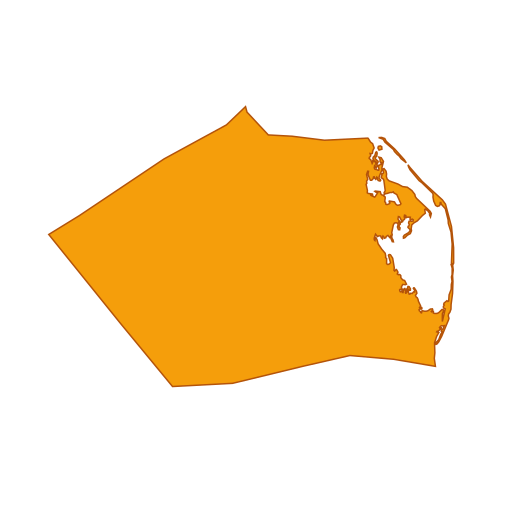 outline of Bir Al-Abd, Shamal Sina', Egypt, rotated 77°
{"feature_id": "37247803B3069705007202", "entity_name": "Bir Al-Abd", "entity_type": "district", "adm_level": 2, "iso_a3": "EGY", "parent_name": "Egypt", "parent_adm1": "Shamal Sina'", "projection": "robinson", "projection_center": [33.135, 30.752], "detail": "fine", "context": "isolated", "style": "filled", "palette": "amber", "viewbox_px": 512, "rotation_deg": 77, "n_neighbors": 0, "source": "geoboundaries", "source_scale": "gbopen_adm2", "svg_char_len": 6030}
<svg xmlns="http://www.w3.org/2000/svg" viewBox="0 0 512 512"><g transform="rotate(77 256 256)"><path d="M364.4,366.7L374.8,307.5L374.0,234.7L374.1,186.9L387.5,145.4L403.9,106.0L395.9,105.3L390.6,103.5L380.8,101.6L375.0,98.1L371.7,95.1L370.6,97.0L370.1,96.5L370.2,95.3L368.1,91.6L367.6,91.6L367.5,93.2L367.0,93.3L365.9,91.9L365.7,90.5L366.2,89.7L366.2,88.2L369.5,90.5L370.0,92.1L371.1,92.4L371.7,91.4L373.7,93.5L378.7,96.8L380.8,100.1L381.8,100.8L382.6,100.5L382.4,99.4L380.7,97.2L376.1,93.2L361.6,82.8L360.1,82.0L357.6,82.1L355.7,81.3L354.5,79.8L351.7,78.0L347.1,76.8L336.7,72.9L325.0,69.8L319.5,68.9L314.1,67.0L309.1,66.4L307.4,65.0L292.4,61.6L271.3,58.9L248.1,59.7L243.2,61.8L220.7,77.3L204.5,86.0L201.3,87.4L203.6,87.3L206.7,86.5L219.3,80.1L221.9,77.9L234.5,69.8L236.1,69.6L238.4,70.3L242.4,70.5L247.1,69.6L248.5,68.1L248.3,66.0L247.6,65.3L245.3,64.5L245.4,63.8L247.1,63.9L252.5,60.9L264.1,60.7L267.6,61.3L276.5,60.6L288.5,62.2L307.0,67.2L307.4,66.6L308.1,66.9L308.2,67.8L311.9,67.6L318.2,69.1L320.4,70.3L324.8,70.7L327.7,72.1L332.3,73.3L337.3,76.6L343.2,78.4L343.5,79.2L342.5,80.0L344.2,83.4L345.4,84.0L346.2,83.6L347.2,84.7L348.0,85.0L349.4,84.5L350.1,83.5L361.8,89.2L354.1,87.4L351.6,85.5L350.2,85.8L349.9,86.7L352.3,90.7L352.7,92.4L352.2,94.8L351.5,96.0L349.9,95.6L349.7,96.5L350.0,97.3L349.6,97.7L348.3,95.9L347.2,96.0L346.9,98.1L348.0,100.7L348.1,102.3L347.8,104.0L346.6,106.5L348.6,107.5L348.1,108.3L347.3,108.2L346.1,109.2L344.9,109.2L344.5,108.6L344.9,106.5L344.1,106.0L343.4,106.2L343.5,107.6L342.9,108.2L341.8,106.8L336.6,107.9L334.6,107.9L332.9,108.3L331.9,109.2L330.2,109.5L328.5,107.6L326.3,107.6L322.7,108.9L322.5,109.6L323.0,110.0L324.8,109.2L326.8,109.6L326.4,110.6L327.7,112.2L327.1,113.5L327.8,114.7L327.6,115.4L323.5,115.6L322.9,115.4L323.1,114.5L324.0,114.2L324.1,113.3L322.7,112.9L320.3,113.7L319.8,114.7L320.5,115.3L321.3,115.2L322.1,116.7L324.9,116.8L326.0,118.1L325.9,118.6L325.1,118.7L324.0,118.1L323.2,118.1L322.6,118.6L321.9,118.0L321.1,118.3L321.6,119.7L324.7,120.9L324.5,121.6L323.1,121.4L323.4,123.4L322.2,123.8L321.1,123.6L320.8,122.9L321.7,121.6L321.4,121.0L319.0,121.4L316.7,119.5L317.6,116.8L317.3,115.7L314.8,116.3L313.3,116.7L312.2,118.5L309.6,119.8L307.9,119.3L306.6,119.9L306.1,120.8L306.3,121.5L305.3,122.4L303.7,121.3L301.2,122.0L300.6,122.5L301.9,124.2L301.1,124.8L298.4,123.9L288.9,123.3L285.1,124.7L284.6,125.5L284.6,126.2L285.1,126.8L292.8,126.4L293.7,127.7L294.0,129.4L292.9,130.5L287.9,129.3L286.6,130.1L285.3,129.6L282.4,129.5L277.8,131.9L271.6,134.3L267.5,134.4L265.0,135.0L265.3,135.6L267.7,136.6L266.9,137.1L265.2,136.8L261.6,134.6L264.4,133.2L264.0,131.8L264.4,130.1L266.4,129.8L267.5,129.1L266.4,128.8L265.1,127.8L266.4,127.1L267.6,127.2L267.4,125.4L266.3,124.8L265.6,122.8L268.0,121.6L266.9,120.4L269.1,120.6L272.7,120.0L273.1,118.9L271.1,118.9L269.5,119.5L267.6,119.4L265.9,118.5L263.8,118.5L256.6,115.2L255.1,113.8L255.1,112.1L256.0,110.5L257.8,110.6L259.5,111.7L262.4,111.3L262.8,110.1L261.0,109.3L259.8,110.0L258.2,109.6L257.5,108.4L256.4,108.7L255.5,109.6L254.7,109.1L255.0,108.5L256.4,107.9L256.0,107.6L252.0,109.4L249.6,108.4L250.1,107.4L254.0,106.3L255.7,106.3L255.5,105.4L254.1,104.5L253.8,103.1L252.9,102.7L251.2,102.8L249.6,102.1L250.1,101.1L250.8,100.9L252.0,101.5L252.5,101.2L252.2,99.7L252.9,96.9L254.8,97.7L255.4,97.3L255.2,95.4L256.1,94.6L257.3,95.1L257.1,96.9L256.5,97.9L256.6,99.1L258.1,99.9L260.0,99.6L261.2,100.4L261.3,101.1L262.4,101.5L264.7,100.0L266.4,100.4L267.7,102.5L269.0,106.7L270.1,108.0L271.8,108.3L271.7,106.9L269.8,103.8L268.9,100.6L266.4,98.8L264.2,98.6L260.7,97.2L259.2,94.5L258.1,90.9L254.0,84.7L252.4,81.4L248.7,81.2L248.3,80.5L250.8,78.3L254.4,76.9L254.9,77.7L257.2,77.2L254.0,75.6L251.6,76.3L236.0,86.6L234.0,87.4L231.7,87.4L227.3,89.4L223.0,93.1L221.3,97.6L217.8,101.5L212.7,109.4L210.5,110.9L207.8,111.1L205.4,110.3L202.6,110.2L199.6,111.6L199.7,112.5L200.4,112.9L203.6,113.0L204.2,113.6L204.2,114.7L204.6,115.1L205.6,115.1L207.3,116.3L208.6,115.8L209.3,114.9L210.9,114.4L221.5,115.4L223.0,116.9L225.1,117.1L224.2,115.6L224.6,114.7L224.3,111.0L224.7,109.4L224.4,107.8L225.5,107.5L227.8,105.0L237.7,103.0L238.5,104.0L238.5,106.7L237.0,108.1L234.4,108.9L232.4,113.7L233.1,114.1L234.4,113.5L235.2,114.8L235.4,116.8L234.8,117.8L232.8,117.7L232.1,118.4L228.4,117.0L227.2,117.0L226.7,117.7L225.3,118.4L225.1,119.3L223.9,120.3L221.2,120.5L219.6,125.0L219.7,125.7L220.9,124.7L221.7,123.2L224.9,126.4L225.3,127.2L222.8,130.4L222.2,130.5L223.0,128.6L221.8,128.6L220.2,132.7L219.4,133.4L217.3,132.7L210.9,132.6L210.2,131.7L207.8,131.4L206.5,129.9L201.5,130.0L198.5,128.1L198.8,127.3L201.4,128.4L202.9,128.4L207.9,127.5L208.2,126.2L207.0,124.4L205.4,123.7L205.4,123.0L206.9,122.9L208.2,122.1L206.2,120.6L206.8,120.2L208.5,120.5L210.0,119.9L210.9,118.3L210.3,117.5L209.5,117.6L208.1,118.7L206.3,118.1L200.6,114.0L198.4,113.5L192.5,110.5L188.4,111.9L187.3,114.1L190.3,113.3L191.5,113.9L192.7,113.6L193.1,112.5L194.9,113.4L194.5,114.0L195.5,115.5L195.1,116.5L195.7,116.8L198.8,116.6L200.0,117.2L199.6,118.4L198.3,119.4L198.5,120.1L197.9,120.8L196.6,120.9L193.8,119.8L196.3,119.6L197.1,119.1L195.5,117.5L194.0,117.9L193.4,118.5L191.9,118.3L190.8,119.0L189.5,120.8L191.1,121.2L192.0,122.0L188.1,122.5L186.4,123.8L185.3,123.3L184.8,122.2L183.8,121.6L181.8,121.8L182.4,120.3L182.1,119.5L179.5,118.4L177.3,116.6L172.8,117.1L170.9,118.7L166.7,120.2L166.3,120.5L158.6,163.2L147.4,193.9L140.8,216.8L113.8,232.4L108.1,232.6L121.6,255.3L140.7,323.7L176.9,419.0L188.4,453.1L291.0,403.3L364.4,366.7ZM168.2,109.9L170.8,105.9L174.2,104.7L183.2,98.1L185.3,97.6L188.9,95.5L190.3,94.4L189.6,93.8L191.5,92.8L191.6,93.7L193.9,92.7L199.0,88.6L195.6,89.8L183.1,96.7L173.5,103.3L170.5,104.1L168.7,106.9L168.2,109.9ZM181.9,116.0L184.8,117.6L186.1,119.6L187.6,120.2L190.3,119.1L190.6,118.3L193.0,116.9L191.8,115.8L191.1,115.8L188.2,117.8L187.1,117.7L186.5,117.6L186.5,116.7L185.2,115.6L183.0,114.8L181.6,115.0L181.9,116.0ZM176.7,112.1L178.2,112.9L180.5,112.3L180.3,109.3L177.8,108.9L176.7,110.0L176.7,112.1Z" fill="#f59e0b" stroke="#b45309" stroke-width="1.5"/></g></svg>